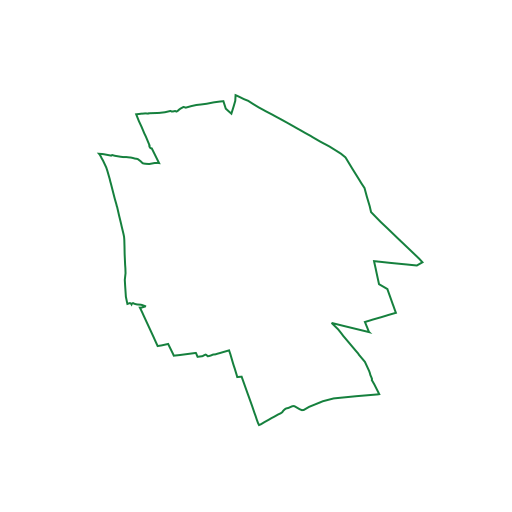 outline of Coronango, Puebla, Mexico, rotated 134°
{"feature_id": "50627088B8502997945058", "entity_name": "Coronango", "entity_type": "district", "adm_level": 2, "iso_a3": "MEX", "parent_name": "Mexico", "parent_adm1": "Puebla", "projection": "natural_earth1", "projection_center": [-98.289, 19.136], "detail": "fine", "context": "isolated", "style": "outline", "palette": "green", "viewbox_px": 512, "rotation_deg": 134, "n_neighbors": 0, "source": "geoboundaries", "source_scale": "gbopen_adm2", "svg_char_len": 4030}
<svg xmlns="http://www.w3.org/2000/svg" viewBox="0 0 512 512"><g transform="rotate(134 256 256)"><path d="M375.5,136.4L373.7,135.6L369.5,134.5L365.0,133.1L361.7,132.2L359.4,131.4L357.4,130.8L354.6,130.0L352.1,129.0L350.1,128.6L348.4,128.9L346.2,128.8L344.7,128.4L342.7,127.1L339.2,125.7L338.0,124.9L337.3,123.9L335.9,118.2L335.0,115.9L333.6,114.7L327.6,113.0L314.0,107.0L304.5,101.2L287.1,86.4L270.9,72.2L269.8,71.4L269.2,73.0L266.0,82.2L266.0,82.3L264.8,86.5L263.9,87.1L263.0,89.0L262.2,91.0L261.1,92.8L260.1,94.8L256.5,104.1L255.5,113.7L255.2,114.5L254.8,119.1L254.7,119.9L253.1,135.5L252.9,137.7L252.4,140.6L251.7,145.9L251.6,155.1L251.5,154.9L245.2,144.0L237.7,131.2L232.2,121.8L232.2,122.0L229.8,127.2L229.7,127.5L228.6,130.0L228.4,130.4L227.8,131.8L222.6,128.9L220.9,128.0L214.0,124.0L213.9,123.9L208.5,120.9L206.8,120.0L204.9,118.9L202.8,117.7L199.7,115.9L198.4,118.6L197.2,121.0L196.6,122.2L196.2,123.0L195.9,123.7L195.5,124.5L194.8,125.9L193.5,128.5L188.7,138.2L188.5,138.5L190.8,147.9L190.7,148.1L186.5,154.4L182.6,160.2L182.3,160.6L178.6,166.2L177.7,167.5L175.7,165.0L175.6,164.8L174.1,162.9L171.0,158.9L167.9,154.9L162.5,148.1L157.4,141.7L155.6,139.4L151.1,133.7L144.9,131.9L144.6,136.6L144.7,155.1L144.8,166.7L144.8,181.2L144.9,189.9L144.5,203.7L141.2,208.8L136.3,217.5L131.7,225.2L131.5,226.2L130.5,230.7L130.4,231.1L129.5,234.5L126.2,247.7L125.8,249.2L123.1,259.4L122.9,260.4L123.0,261.2L123.4,265.9L125.5,275.9L126.2,279.2L127.5,283.8L128.0,285.4L129.1,289.3L129.8,292.1L131.3,298.2L131.5,299.4L133.6,307.1L133.8,308.0L136.2,317.2L136.4,318.1L139.3,329.1L142.3,339.9L142.9,342.2L145.2,349.9L145.8,352.2L147.2,357.2L148.0,360.7L148.8,364.3L149.8,369.4L151.6,373.8L152.6,377.0L153.7,380.3L154.5,382.4L158.8,378.7L163.9,376.0L165.7,375.1L170.3,372.8L170.7,372.6L170.9,376.3L171.0,380.1L167.3,387.0L170.0,389.3L174.8,393.1L180.7,397.2L185.7,401.2L185.8,401.3L188.8,403.8L193.0,406.6L198.1,409.6L198.6,410.7L199.2,411.7L202.4,412.7L204.0,413.0L204.4,413.0L204.6,413.1L204.8,413.1L205.0,413.0L205.8,413.1L207.0,413.4L207.4,413.6L207.9,414.9L209.8,416.2L210.6,417.0L211.1,418.3L215.9,421.4L220.4,425.1L227.0,431.5L227.4,431.8L228.0,432.4L228.5,432.5L230.2,434.6L231.6,435.8L232.4,436.5L233.4,437.5L234.0,437.9L237.3,440.6L240.3,434.0L242.6,428.0L245.4,421.5L246.6,418.2L250.4,409.4L250.9,409.3L251.4,408.4L251.6,407.4L251.7,406.8L251.3,406.2L251.0,405.7L256.5,390.3L257.1,391.1L259.5,393.5L261.9,395.2L264.0,396.7L265.7,398.7L267.2,400.6L268.0,402.0L268.0,405.0L268.4,408.3L269.0,409.4L270.0,410.7L271.0,412.6L272.1,414.4L273.4,416.0L274.9,418.0L277.2,420.4L278.7,422.4L282.0,427.2L283.3,429.6L284.4,429.9L288.6,436.3L289.4,437.4L291.5,439.9L291.6,438.9L292.0,437.5L292.5,435.9L292.9,435.0L293.6,432.4L293.8,431.9L295.7,426.9L296.3,425.3L298.1,421.9L302.3,414.6L302.9,413.7L303.9,412.1L304.7,410.7L312.9,397.4L314.4,394.8L315.9,392.2L316.3,391.6L316.8,390.8L317.3,389.8L322.2,382.3L323.9,379.6L326.7,375.2L327.9,373.4L331.2,368.2L332.3,366.5L333.8,364.3L335.2,362.7L336.3,361.5L341.2,356.5L345.7,352.0L353.0,344.3L355.6,341.4L359.0,337.9L364.3,333.8L368.0,329.8L375.7,321.3L378.5,317.2L379.8,315.2L377.6,314.1L377.3,313.7L377.1,312.8L377.2,312.3L377.3,311.9L376.5,312.2L375.8,312.0L375.3,311.7L375.1,311.0L374.7,310.0L374.2,309.1L373.4,307.8L371.2,305.2L370.5,304.1L368.7,300.1L369.4,300.9L370.1,301.1L372.1,302.2L372.8,302.7L373.4,303.2L373.8,303.6L374.0,303.0L375.8,298.2L376.7,296.0L385.6,273.0L386.5,270.8L389.1,264.2L385.9,261.8L380.3,258.1L384.1,247.6L384.8,245.9L380.4,242.2L367.7,232.1L367.5,231.9L368.1,230.3L368.5,229.5L368.8,228.8L369.1,228.0L366.6,226.0L365.2,224.9L363.5,224.4L362.0,223.8L361.7,223.1L361.6,221.0L360.1,220.0L359.7,219.8L358.6,219.2L357.6,218.8L356.7,218.4L355.0,216.9L352.8,215.7L350.8,214.5L349.2,213.6L347.1,212.4L342.6,209.8L343.5,208.1L344.3,206.5L349.2,197.9L350.2,196.1L351.8,193.0L355.1,187.1L356.1,185.4L355.4,184.8L352.8,182.5L360.7,166.6L362.3,163.3L366.6,154.6L370.0,148.0L371.4,145.1L373.1,141.9L374.8,138.4L375.5,136.4Z" fill="none" stroke="#15803d" stroke-width="2"/></g></svg>